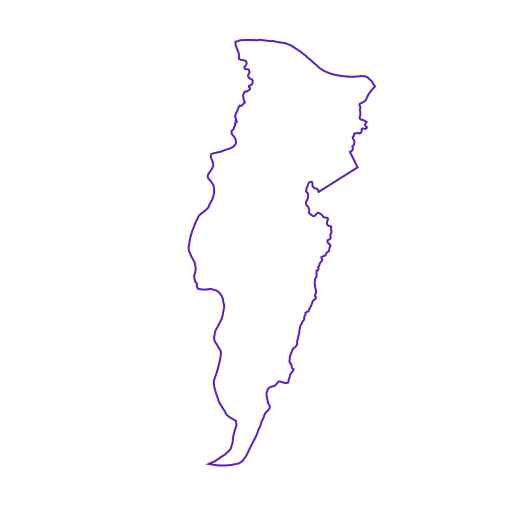 the district of Oeiras do Pará, Pará, Brazil, rotated 15°
{"feature_id": "56859067B20802906258225", "entity_name": "Oeiras do Pará", "entity_type": "district", "adm_level": 2, "iso_a3": "BRA", "parent_name": "Brazil", "parent_adm1": "Pará", "projection": "mercator", "projection_center": [-49.888, -2.385], "detail": "fine", "context": "isolated", "style": "outline", "palette": "violet", "viewbox_px": 512, "rotation_deg": 15, "n_neighbors": 0, "source": "geoboundaries", "source_scale": "gbopen_adm2", "svg_char_len": 6061}
<svg xmlns="http://www.w3.org/2000/svg" viewBox="0 0 512 512"><g transform="rotate(15 256 256)"><path d="M264.2,469.1L266.7,468.8L268.9,468.7L274.5,467.9L281.5,466.0L286.1,464.3L293.3,460.7L296.1,457.3L298.3,451.6L299.6,444.4L302.8,429.5L303.5,422.2L304.2,418.9L304.2,414.7L305.1,410.3L305.4,406.3L305.8,405.0L308.0,401.3L308.5,398.9L308.1,397.4L306.0,395.1L305.2,393.9L302.6,388.6L301.7,386.2L301.8,382.0L302.1,381.0L303.6,379.0L305.1,378.0L307.0,377.0L308.3,375.5L309.4,373.4L310.4,371.2L313.5,371.0L315.4,371.2L317.4,371.1L319.6,370.2L319.8,368.5L319.6,366.9L319.9,363.5L319.8,360.6L320.9,358.6L321.4,357.0L321.6,355.6L319.9,355.1L318.8,353.2L318.5,352.1L317.8,351.2L316.6,350.7L315.6,349.0L315.1,345.6L314.7,344.6L315.1,341.5L315.2,339.5L315.6,337.3L315.7,336.1L317.7,333.4L318.6,331.0L318.3,329.2L317.8,328.1L317.9,325.6L317.7,322.7L317.6,318.5L317.2,316.9L316.9,312.0L317.6,309.3L317.9,307.1L318.6,306.0L318.9,304.5L318.3,302.2L318.7,301.1L318.9,299.7L318.5,298.0L320.0,296.4L321.0,295.9L321.2,294.9L321.2,293.6L321.8,291.3L322.1,289.6L322.5,285.3L323.0,283.8L323.9,282.9L324.7,281.8L324.8,280.6L324.1,279.8L323.1,279.2L323.1,278.0L323.5,276.7L323.5,275.7L323.2,274.6L322.1,272.3L320.8,270.2L320.6,269.1L319.6,266.6L319.3,265.5L319.4,264.5L319.0,263.5L319.1,262.3L319.6,261.3L319.8,260.0L319.3,258.9L318.3,254.3L319.3,254.0L319.7,252.9L319.5,251.4L318.8,250.7L319.3,249.8L319.5,248.6L319.5,247.3L320.1,244.9L320.8,243.9L321.1,242.8L320.7,241.8L319.7,241.1L319.5,240.0L320.6,239.1L321.5,238.6L322.5,237.8L323.1,236.6L323.5,234.3L324.2,233.4L325.1,232.7L325.3,231.2L324.8,229.5L325.4,226.8L324.0,225.5L322.9,225.3L322.0,224.5L321.3,223.7L321.0,222.5L321.8,221.6L322.7,220.9L323.4,219.9L323.4,218.7L322.8,217.7L322.4,216.7L322.3,215.6L322.6,214.6L322.8,213.4L322.5,212.4L321.9,211.6L321.4,210.5L321.2,209.5L321.2,208.3L320.2,207.9L319.1,208.1L317.9,207.9L316.7,207.3L316.1,206.3L315.8,205.2L315.8,204.1L316.0,202.8L316.0,201.7L315.4,200.8L314.2,200.6L313.2,201.0L311.8,201.1L310.8,200.6L308.0,198.8L305.7,198.1L304.6,198.2L303.8,199.1L303.4,200.1L302.2,202.2L301.1,202.7L299.9,202.4L297.7,201.6L296.6,201.0L295.8,200.4L295.8,199.1L295.5,197.9L294.1,195.4L291.7,193.8L291.0,193.0L290.3,190.5L290.6,189.4L291.0,188.3L291.1,187.0L290.7,184.1L290.2,182.6L289.3,181.7L287.6,180.8L287.6,179.4L287.2,177.7L287.6,175.8L287.9,171.9L288.7,170.8L290.6,169.8L291.6,170.9L292.6,173.9L293.5,174.7L294.9,175.3L297.2,175.3L298.4,175.8L299.9,177.9L331.2,144.1L319.8,131.1L321.5,129.3L321.9,128.2L321.8,127.1L321.0,126.0L320.7,124.9L321.6,123.7L321.9,122.5L321.8,121.5L321.4,119.8L320.8,118.9L319.8,118.2L319.1,117.1L318.6,116.1L319.4,114.9L319.1,112.6L320.0,111.9L321.2,111.7L322.0,110.7L323.1,110.5L324.2,111.0L325.4,110.0L325.8,108.5L325.6,107.5L325.2,106.4L325.6,105.3L329.1,104.8L330.0,103.3L329.1,102.5L327.4,101.3L327.4,99.4L328.1,97.9L325.4,97.2L323.2,96.9L322.0,97.1L320.3,96.0L320.2,92.2L319.5,89.9L318.9,88.9L318.4,87.4L318.5,85.8L317.9,84.5L316.9,83.6L316.9,82.1L320.3,79.2L321.5,77.3L322.0,75.5L322.6,71.7L323.3,69.3L324.5,66.4L327.0,61.5L322.4,57.2L318.5,55.1L317.4,54.6L315.2,54.2L314.2,54.2L311.9,54.8L309.6,55.5L308.4,56.1L303.1,57.8L298.8,58.9L294.3,59.6L292.2,60.0L285.0,60.6L281.1,60.6L279.7,60.4L275.3,59.9L274.1,59.7L271.0,58.8L269.7,58.4L268.2,57.7L265.7,56.3L263.2,55.2L258.2,52.6L254.1,50.8L251.7,49.4L249.2,48.5L247.0,47.5L243.2,46.1L239.7,45.0L238.7,44.6L235.2,43.6L230.3,42.9L225.7,43.2L223.2,43.6L216.5,44.0L214.4,44.8L204.4,46.0L203.1,46.5L201.9,47.1L199.5,47.7L198.3,47.9L190.2,50.0L188.8,50.5L185.9,51.3L184.5,51.9L182.9,53.3L180.8,54.2L180.9,55.6L182.0,58.0L186.5,64.1L188.0,67.1L188.0,68.3L188.3,69.6L189.1,70.3L191.1,70.4L192.5,70.1L194.7,70.1L196.2,70.6L197.0,72.0L197.1,73.9L195.8,76.8L196.7,78.0L198.2,78.2L199.7,77.7L200.9,78.0L201.8,79.4L202.2,80.9L201.7,82.6L201.5,83.6L202.3,85.0L203.8,86.2L206.1,86.4L207.2,87.3L207.7,88.5L207.9,89.7L207.6,91.2L207.0,92.3L205.3,93.3L205.4,94.5L206.8,95.4L206.9,96.7L205.4,98.5L204.3,99.7L202.6,100.1L202.3,101.3L201.9,103.7L202.4,105.4L203.0,106.4L203.6,108.2L205.5,110.4L204.6,112.2L202.9,114.9L201.4,114.8L200.7,116.3L200.4,120.5L200.2,121.7L199.6,123.6L199.8,125.4L199.5,126.5L200.7,127.9L201.5,129.5L201.3,130.6L202.5,130.8L202.7,131.8L201.8,132.6L201.4,133.9L202.0,134.7L201.9,135.8L201.4,136.9L201.6,138.0L201.5,139.1L200.7,140.5L200.0,142.0L200.7,143.2L200.8,144.3L205.4,147.5L207.4,151.5L207.3,153.4L206.5,155.1L205.9,156.1L203.9,158.1L202.9,158.9L197.7,162.3L194.6,164.6L192.7,165.5L190.5,166.8L189.4,167.2L186.5,169.1L186.2,170.6L186.7,171.8L187.4,173.1L188.3,174.3L190.2,176.8L191.3,179.6L191.1,182.3L190.5,184.4L189.4,187.4L188.9,188.4L188.6,191.0L189.0,192.3L190.0,193.4L191.3,194.5L192.9,195.4L194.8,197.1L196.1,198.1L196.8,199.1L197.6,200.7L198.7,203.6L199.1,205.6L199.3,207.7L199.3,211.4L199.0,213.4L197.8,217.9L197.5,221.3L196.8,222.7L195.1,225.4L191.9,229.5L190.5,231.8L190.1,233.1L189.7,235.7L188.9,239.7L187.9,249.0L187.9,252.4L187.7,253.7L188.0,258.8L188.6,263.2L188.6,265.1L189.4,267.2L190.3,269.0L194.1,273.7L197.8,277.3L198.7,278.7L199.2,279.9L199.9,281.1L200.5,282.8L201.0,283.8L201.5,286.9L201.7,288.3L201.3,289.4L201.5,292.1L204.3,296.9L205.5,297.6L206.3,298.4L206.7,300.6L208.2,302.5L210.1,302.6L214.6,301.9L216.3,301.4L220.3,299.7L221.9,299.5L227.0,299.7L229.7,300.7L233.2,303.4L235.6,306.7L236.2,308.7L237.8,311.3L238.4,313.0L239.2,323.2L239.1,325.7L238.5,328.5L237.3,334.2L236.5,336.9L236.1,339.8L236.4,342.4L236.4,344.5L236.9,346.4L237.5,348.0L238.8,349.6L243.1,353.5L245.1,355.6L246.5,356.8L247.3,359.2L247.9,362.2L248.3,370.7L248.2,378.9L248.0,381.7L247.6,385.4L247.7,388.3L248.5,390.5L250.0,394.1L252.4,398.0L253.4,399.8L255.8,403.0L257.6,406.0L259.0,407.5L260.2,408.8L262.0,410.2L262.8,411.2L265.1,413.2L266.8,414.9L267.6,416.0L269.4,417.3L271.6,418.3L273.8,419.0L279.4,420.5L280.6,423.4L280.9,425.1L280.9,427.2L280.6,429.3L280.7,435.4L281.1,439.3L281.5,440.7L281.7,443.7L281.5,445.3L281.5,448.3L281.2,449.4L280.6,450.7L277.4,455.8L273.5,460.0L272.9,461.1L270.7,463.3L269.5,464.9L268.3,465.7L264.2,469.1Z" fill="none" stroke="#5b21b6" stroke-width="2"/></g></svg>